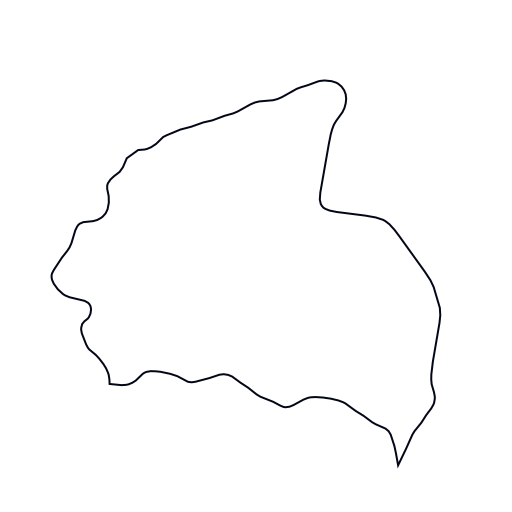 outline of Las Guaranas, Duarte, Dominican Republic, rotated 99°
{"feature_id": "3306468B34554561821271", "entity_name": "Las Guaranas", "entity_type": "district", "adm_level": 2, "iso_a3": "DOM", "parent_name": "Dominican Republic", "parent_adm1": "Duarte", "projection": "mercator", "projection_center": [-70.215, 19.194], "detail": "fine", "context": "isolated", "style": "outline", "palette": "ink", "viewbox_px": 512, "rotation_deg": 99, "n_neighbors": 0, "source": "geoboundaries", "source_scale": "gbopen_adm2", "svg_char_len": 2377}
<svg xmlns="http://www.w3.org/2000/svg" viewBox="0 0 512 512"><g transform="rotate(99 256 256)"><path d="M194.3,403.9L199.6,408.9L203.2,411.7L207.2,413.6L209.3,414.0L212.9,413.5L219.8,410.9L226.3,409.7L233.0,409.9L237.4,411.2L241.1,413.6L242.6,415.0L245.2,418.4L247.0,422.2L249.6,431.9L251.7,435.2L253.2,436.4L255.0,437.3L259.0,438.5L272.2,440.3L276.7,441.5L280.6,443.3L288.1,447.5L301.4,453.5L305.0,454.7L307.0,454.9L309.2,454.5L311.3,453.8L315.0,451.4L319.9,446.5L323.9,440.5L324.8,438.3L325.9,433.7L327.1,418.3L328.5,414.5L329.8,412.9L331.4,411.7L333.3,410.9L335.2,410.5L339.0,410.5L342.6,411.5L344.1,412.3L347.4,415.3L350.3,417.0L354.0,417.4L356.0,417.2L359.7,415.9L370.0,409.9L373.1,407.5L374.5,405.9L378.8,398.7L381.7,395.0L386.6,389.8L390.3,386.6L394.3,384.0L396.4,382.9L400.8,381.5L405.3,380.6L404.6,368.7L403.6,364.2L402.8,362.0L400.6,358.4L397.9,355.3L390.2,349.5L388.9,348.1L387.7,346.3L386.2,342.0L385.6,337.3L385.3,332.3L385.8,322.2L387.0,314.9L390.9,303.5L390.8,299.8L389.7,296.2L383.8,282.8L379.0,273.6L377.8,269.4L377.8,264.9L378.8,260.7L383.6,251.4L387.3,243.2L392.6,233.8L394.3,229.6L397.3,216.3L399.9,208.8L400.8,205.2L400.8,203.3L399.6,199.3L397.4,195.7L390.4,186.6L388.0,182.5L387.1,180.2L386.0,175.2L385.3,167.5L385.2,159.7L385.8,152.0L386.8,147.1L387.6,144.7L393.5,133.2L397.0,124.8L402.0,115.3L403.5,111.3L406.2,101.1L408.3,97.6L411.4,95.0L422.0,89.6L428.7,87.0L440.5,82.9L423.2,77.7L408.0,73.6L404.1,72.0L394.8,66.6L386.5,63.0L379.2,59.1L375.3,57.6L373.1,57.1L368.7,57.1L366.6,57.5L362.7,58.9L355.3,62.4L350.6,63.6L345.6,64.3L332.7,64.8L293.5,64.3L285.8,64.7L278.5,66.3L258.8,75.7L252.7,79.9L245.1,86.8L213.7,117.9L208.4,123.4L203.7,129.3L201.3,133.7L200.4,136.1L199.2,143.7L199.0,154.2L199.9,183.2L199.6,190.4L198.6,194.9L197.7,197.0L196.2,198.8L194.4,200.2L190.3,201.8L183.3,202.4L134.3,201.6L124.0,201.2L119.0,200.6L114.1,199.6L109.9,197.9L100.4,193.1L96.0,191.8L91.4,191.3L86.8,191.5L82.3,192.7L78.5,194.9L75.3,198.0L73.0,201.8L72.2,204.1L71.5,208.7L71.9,215.7L73.1,220.2L74.0,222.3L79.2,231.6L82.2,237.8L84.5,241.9L95.0,255.2L97.6,259.3L99.5,263.6L102.8,276.9L104.6,281.2L107.2,285.3L116.2,296.8L118.7,300.8L122.5,309.1L128.9,320.4L132.3,328.9L138.5,340.3L143.0,350.6L150.7,363.1L153.0,366.3L160.9,372.2L165.1,376.8L167.3,380.4L168.2,382.5L169.8,389.0L179.6,398.9L189.1,401.3L194.3,403.9Z" fill="none" stroke="#020617" stroke-width="2"/></g></svg>